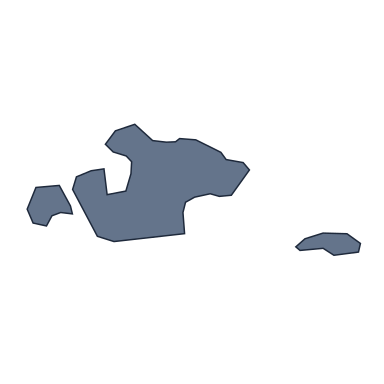 map outline of Aland (Equal Earth projection), rotated 357°
{"feature_id": "ALA", "entity_name": "Aland", "entity_type": "country or territory", "adm_level": 0, "iso_a3": "ALA", "parent_name": "Europe", "parent_adm1": "", "projection": "equal_earth", "projection_center": [19.994, 60.209], "detail": "fine", "context": "isolated", "style": "filled", "palette": "slate", "viewbox_px": 384, "rotation_deg": 357, "n_neighbors": 0, "source": "natural_earth", "source_scale": "50m", "svg_char_len": 783}
<svg xmlns="http://www.w3.org/2000/svg" viewBox="0 0 384 384"><g transform="rotate(357 192 192)"><path d="M169.0,140.9L178.2,141.0L182.4,138.0L198.5,140.1L222.9,153.9L227.8,161.4L244.6,165.3L250.5,173.0L231.1,197.3L219.1,197.8L210.1,194.7L194.3,197.3L185.0,201.9L181.9,212.0L182.4,233.2L111.5,237.4L95.2,231.3L72.9,183.2L77.4,170.8L92.4,165.5L105.3,164.3L107.1,190.2L126.0,187.6L132.0,170.6L133.3,158.6L128.2,152.6L115.4,147.9L108.0,139.8L118.7,126.9L138.4,121.4L155.4,138.6L169.0,140.9ZM69.9,199.6L71.4,207.6L59.8,205.6L50.9,208.4L44.9,218.3L31.7,214.7L26.5,200.5L36.4,179.3L59.8,178.5L69.9,199.6ZM357.5,252.2L355.1,260.7L330.4,262.6L320.0,255.1L296.8,256.0L292.8,252.2L302.4,244.6L320.7,239.9L344.6,241.8L357.5,252.2Z" fill="#64748b" stroke="#1e293b" stroke-width="1.5"/></g></svg>